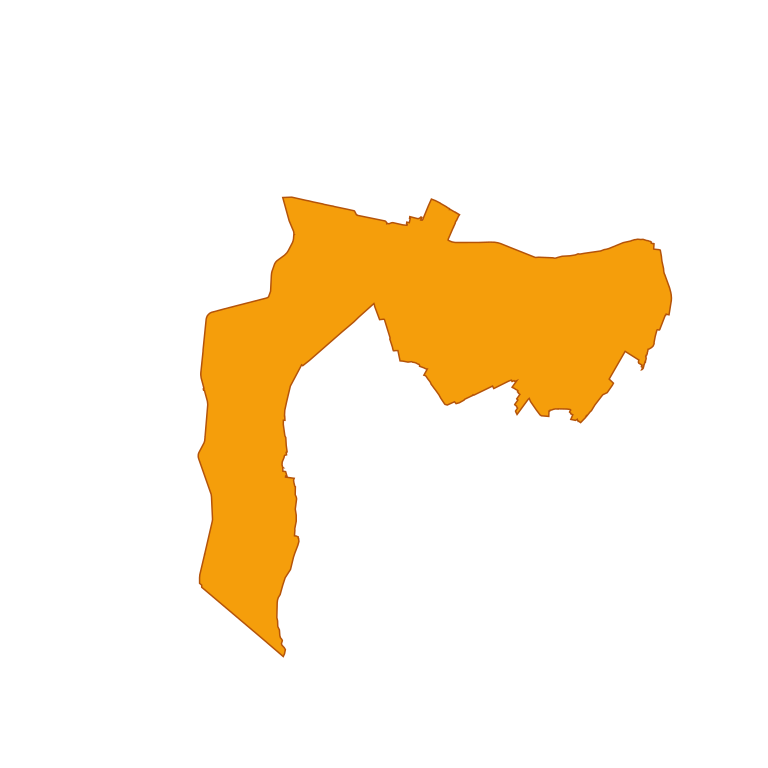 Heerenveen, Friesland, Netherlands (Mercator projection), rotated 128°
{"feature_id": "6326949B66729090316548", "entity_name": "Heerenveen", "entity_type": "district", "adm_level": 2, "iso_a3": "NLD", "parent_name": "Netherlands", "parent_adm1": "Friesland", "projection": "mercator", "projection_center": [5.979, 52.998], "detail": "fine", "context": "isolated", "style": "filled", "palette": "amber", "viewbox_px": 768, "rotation_deg": 128, "n_neighbors": 0, "source": "geoboundaries", "source_scale": "gbopen_adm2", "svg_char_len": 6087}
<svg xmlns="http://www.w3.org/2000/svg" viewBox="0 0 768 768"><g transform="rotate(128 384 384)"><path d="M299.4,578.6L313.8,559.2L319.4,549.2L320.6,547.9L322.1,546.8L322.0,546.7L322.3,546.7L325.3,544.7L327.1,543.8L328.9,543.2L338.0,541.5L340.4,541.3L343.8,541.7L352.6,544.2L354.7,544.4L356.8,544.1L364.2,541.6L365.7,540.9L367.8,539.6L380.7,530.5L386.2,528.7L387.3,528.8L388.7,529.6L422.9,555.9L433.8,564.1L435.6,564.9L437.4,565.2L439.2,565.2L440.9,564.7L442.3,564.1L468.8,547.4L468.9,547.2L488.0,535.2L489.6,534.0L491.8,531.8L498.2,523.3L498.4,523.2L498.8,523.5L499.2,523.3L500.0,522.3L499.9,522.0L499.5,521.8L499.5,521.7L506.3,512.6L507.6,511.3L508.9,510.1L535.0,493.0L535.7,492.5L535.6,492.4L535.9,492.5L536.2,492.2L539.2,490.3L541.1,489.6L552.2,487.6L553.6,487.1L555.2,486.0L556.0,485.3L557.0,484.0L577.4,452.2L579.3,450.3L595.4,436.5L596.5,435.6L598.1,434.7L627.1,421.2L628.5,420.6L628.4,420.5L628.6,420.4L628.6,420.5L629.7,420.0L647.7,411.7L650.3,410.0L654.6,406.6L654.7,403.9L656.4,402.5L659.5,323.8L660.8,295.6L657.8,296.3L654.0,298.2L653.2,300.3L652.6,303.8L651.7,305.0L648.8,306.1L648.2,307.2L647.7,309.4L646.4,311.2L642.2,315.0L640.5,318.4L636.2,322.0L634.1,324.6L622.1,333.5L619.8,334.9L617.4,335.8L613.9,336.2L604.7,340.0L597.5,342.6L587.7,343.5L576.2,348.7L572.3,350.1L564.1,352.6L560.5,354.1L558.3,356.2L558.4,356.5L557.3,357.5L557.5,357.8L557.7,359.2L558.7,361.1L554.1,364.2L553.0,365.2L546.1,368.7L541.4,372.4L537.2,376.9L528.4,382.1L527.2,383.4L525.9,385.8L519.5,390.6L519.6,391.1L519.3,391.6L517.1,394.4L515.4,396.1L513.6,396.7L518.0,404.3L517.0,404.9L516.3,403.8L516.1,404.1L513.6,407.6L515.0,410.0L512.2,412.4L512.0,412.1L512.0,412.5L510.6,414.5L508.1,416.2L503.5,417.5L501.9,418.3L501.3,418.3L499.8,417.2L498.1,419.0L497.3,418.5L497.2,418.5L492.5,423.3L486.7,428.4L485.9,430.1L485.4,430.7L479.2,437.1L477.7,438.6L474.5,441.0L473.6,439.7L470.4,442.5L470.5,442.7L465.8,446.0L457.7,449.9L443.3,456.5L419.6,460.7L419.6,459.3L411.4,457.3L369.0,449.2L353.6,446.0L347.0,445.1L326.8,441.5L327.7,440.1L328.5,439.3L336.0,427.1L333.2,424.2L333.0,423.8L332.9,423.4L343.9,407.6L344.1,407.4L345.0,407.1L349.8,400.0L350.7,399.0L352.0,397.2L351.8,396.7L350.6,395.5L349.1,393.6L355.9,385.6L354.3,383.1L352.0,378.6L349.4,376.0L349.2,374.9L348.2,373.1L347.7,371.6L347.4,369.6L346.9,368.4L347.4,367.4L348.1,367.0L348.1,366.8L346.7,362.5L346.3,360.4L345.5,359.1L352.5,358.0L352.0,356.7L352.0,355.6L353.0,352.7L353.9,349.1L354.8,347.2L355.2,346.7L355.6,344.9L356.5,341.9L357.0,339.8L358.7,334.1L360.3,330.4L362.4,324.0L362.5,323.4L361.6,321.2L354.6,317.5L355.1,315.1L352.4,313.1L347.4,311.0L346.3,311.0L337.8,306.8L337.8,307.2L337.6,307.2L337.4,306.3L318.8,297.2L320.0,294.7L305.1,287.6L302.6,286.1L302.5,285.8L303.1,284.9L303.2,284.6L301.3,283.6L301.4,282.6L301.1,282.4L301.1,282.2L299.6,281.4L307.7,281.1L307.5,279.5L307.2,278.7L307.2,277.2L306.9,275.4L306.8,274.5L306.9,274.2L308.0,274.0L308.0,272.9L308.4,272.5L308.5,270.5L314.0,270.3L314.1,270.1L314.0,268.9L314.3,268.6L319.7,268.4L319.9,267.8L319.8,266.0L320.3,265.5L320.7,263.9L324.3,263.7L324.7,263.3L326.1,260.4L309.0,260.9L306.8,260.9L305.9,260.7L307.6,257.8L310.7,247.9L312.3,241.9L312.2,241.6L312.2,240.5L308.1,234.2L303.8,237.3L303.3,236.7L302.4,237.0L301.4,236.0L299.5,234.8L298.0,233.5L296.5,231.3L296.3,231.4L291.1,224.4L290.0,222.6L289.4,221.3L289.6,220.8L291.4,220.7L291.9,220.5L292.0,218.8L292.5,218.5L292.0,216.3L296.9,215.0L294.7,210.6L292.8,210.0L293.6,208.7L293.8,208.2L293.5,208.2L293.4,205.3L286.1,204.5L285.8,204.8L285.6,204.7L285.2,204.9L284.3,205.0L284.4,204.5L278.7,204.4L277.4,204.1L270.7,204.9L258.2,205.0L257.6,204.9L253.4,202.8L244.3,203.3L242.1,203.7L241.5,209.6L209.8,214.1L208.2,197.9L208.6,197.8L210.2,197.0L210.3,196.5L210.7,196.1L210.3,192.3L210.5,192.1L211.6,192.1L212.0,191.7L211.7,190.3L211.9,190.0L212.4,189.7L213.3,190.0L214.1,189.8L213.8,189.6L212.8,189.4L211.7,189.5L210.2,190.3L209.8,190.3L209.3,190.6L209.1,191.0L208.2,191.0L206.4,191.7L206.1,191.4L205.6,191.5L205.3,191.8L205.3,192.1L203.8,192.5L202.5,193.1L202.1,193.7L201.3,194.1L201.3,194.6L200.9,194.8L200.0,195.1L199.9,194.9L199.3,194.8L198.7,195.1L198.0,195.2L197.4,195.8L196.3,196.1L194.1,197.3L193.1,196.6L190.5,195.6L188.4,195.3L186.8,195.7L185.9,196.0L185.1,196.7L179.7,199.5L173.6,202.1L173.2,202.1L172.8,201.9L172.1,200.4L171.4,200.2L157.3,204.5L156.8,204.6L156.6,204.3L155.2,204.7L154.4,202.7L154.0,202.0L141.3,209.0L139.3,210.4L137.0,212.5L135.2,214.5L132.4,218.2L125.0,230.0L124.4,231.2L123.1,232.8L120.9,234.8L116.2,240.5L114.4,242.3L112.6,244.0L108.4,248.7L108.9,250.1L111.3,253.9L111.6,254.6L107.2,257.6L107.3,258.0L108.0,258.7L108.0,259.1L108.5,260.1L108.4,260.3L107.6,260.7L107.6,261.7L108.3,263.3L108.5,264.2L109.2,265.3L110.5,268.9L112.1,270.7L113.7,273.2L115.6,274.9L116.3,275.7L117.0,276.0L118.1,276.9L119.5,277.7L125.3,282.5L138.8,290.2L141.0,291.8L142.5,293.2L145.8,295.2L157.9,306.8L160.6,309.2L161.5,310.3L161.9,311.2L164.4,312.6L165.4,313.5L168.5,316.4L173.7,322.3L177.1,324.9L179.1,326.2L179.9,327.1L180.5,328.5L188.9,340.2L191.1,342.6L199.2,370.3L201.5,378.4L202.6,381.2L204.2,384.1L207.0,387.9L214.0,396.3L228.5,414.8L229.3,416.2L230.2,418.0L230.7,419.8L231.0,421.0L231.1,422.2L230.2,422.6L219.1,425.5L217.4,425.8L216.9,426.2L216.4,426.1L213.3,426.9L212.7,427.3L211.5,427.6L210.7,427.5L205.9,428.6L204.1,428.7L204.5,432.0L204.6,431.8L205.7,439.7L205.6,440.2L205.8,440.2L205.6,440.4L205.7,440.8L206.0,443.6L205.9,443.7L206.1,445.2L206.9,450.6L206.8,450.9L207.8,456.2L209.1,460.5L216.4,458.7L230.6,454.7L231.5,454.8L232.2,456.0L229.4,456.8L229.6,457.7L231.3,458.0L232.1,458.4L232.8,459.1L233.2,459.8L236.2,466.7L237.6,465.9L237.0,465.4L241.3,463.4L242.4,465.7L243.8,464.9L243.9,464.0L244.8,463.6L247.0,467.1L251.4,476.4L252.4,477.4L254.5,478.6L255.5,480.1L256.0,480.5L255.2,481.0L254.8,482.9L254.9,483.6L266.9,507.7L267.5,508.8L267.3,509.1L267.6,509.9L265.9,513.6L265.9,513.9L265.9,514.2L268.8,520.3L274.7,532.3L275.3,533.9L275.8,534.7L279.5,542.1L279.7,542.9L284.2,552.0L285.9,555.8L287.3,558.5L293.3,571.2L293.8,572.0L296.5,575.2L299.4,578.6Z" fill="#f59e0b" stroke="#b45309" stroke-width="1.5"/></g></svg>